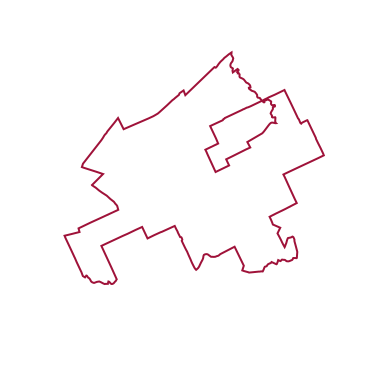 Sohatu, Calarasi, Romania, rotated 153°
{"feature_id": "2599482B94348057267162", "entity_name": "Sohatu", "entity_type": "district", "adm_level": 2, "iso_a3": "ROU", "parent_name": "Romania", "parent_adm1": "Calarasi", "projection": "mercator", "projection_center": [26.509, 44.36], "detail": "fine", "context": "isolated", "style": "outline", "palette": "rose", "viewbox_px": 384, "rotation_deg": 153, "n_neighbors": 0, "source": "geoboundaries", "source_scale": "gbopen_adm2", "svg_char_len": 5832}
<svg xmlns="http://www.w3.org/2000/svg" viewBox="0 0 384 384"><g transform="rotate(153 192 192)"><path d="M229.8,288.9L240.1,284.3L241.4,283.4L242.1,283.1L243.4,282.7L244.6,282.1L246.6,280.8L248.2,279.9L249.5,279.2L276.3,266.7L278.8,264.2L277.2,262.5L268.0,253.4L263.1,248.4L277.6,243.7L278.0,243.6L278.0,243.4L275.7,239.3L274.2,235.7L272.5,232.4L269.6,227.4L268.0,223.0L266.0,218.7L265.6,216.1L265.2,215.0L265.0,213.4L265.8,209.6L284.6,210.3L296.5,210.8L309.6,211.1L310.4,207.4L318.7,209.3L325.4,210.9L325.6,208.6L325.9,198.3L326.2,189.8L326.3,187.6L326.3,186.4L326.6,181.8L326.9,171.9L326.9,170.9L327.4,166.7L326.1,164.5L324.1,165.5L323.7,165.1L323.4,162.9L322.9,162.1L322.6,161.1L322.5,159.8L322.5,158.1L322.0,157.0L321.0,155.8L320.3,155.4L317.6,155.1L315.3,154.4L314.2,153.1L312.8,151.1L311.7,149.7L310.9,149.4L310.7,149.4L309.3,148.7L308.8,148.5L308.7,148.4L307.1,150.2L306.7,149.8L306.5,149.5L306.4,149.2L306.1,147.8L305.8,147.1L305.6,146.7L305.2,146.4L304.8,146.3L304.5,146.2L304.0,146.2L303.5,146.2L302.8,146.4L301.5,147.0L301.2,147.1L300.5,147.3L300.0,147.5L299.1,148.2L298.7,148.4L298.1,161.0L297.6,174.1L297.2,185.1L293.6,185.0L273.5,184.3L268.3,184.0L259.2,183.8L252.3,183.5L252.7,170.8L245.2,170.7L238.2,170.4L237.0,170.2L222.8,169.6L222.9,166.3L222.8,163.1L223.0,162.5L223.0,157.2L222.6,157.0L222.2,156.7L222.0,156.2L222.2,154.1L222.5,153.7L223.3,153.2L223.4,150.3L223.5,145.7L223.5,142.7L223.4,141.2L223.5,140.1L223.7,137.1L223.9,132.7L224.1,130.4L224.2,128.4L224.2,123.5L224.0,122.0L223.4,119.9L223.5,120.8L223.4,120.9L222.8,121.0L221.6,121.3L221.0,121.5L220.1,122.0L219.5,122.3L218.8,122.9L215.8,125.2L213.6,126.7L212.5,127.6L211.9,128.3L211.5,128.8L211.0,129.6L210.5,130.1L210.0,130.5L209.2,130.6L208.2,130.4L207.5,130.2L206.9,129.8L206.4,129.4L206.1,128.9L205.9,128.5L205.4,127.5L204.5,125.7L204.0,125.4L202.0,124.3L200.9,123.8L200.5,123.7L199.1,123.6L197.8,123.3L197.2,123.3L196.1,123.5L195.1,123.8L178.9,123.9L179.3,102.8L182.8,99.3L182.2,98.7L181.6,98.0L178.3,95.0L177.7,94.3L174.7,93.1L168.5,90.7L167.8,90.3L166.4,89.9L166.1,89.7L165.1,89.1L164.9,89.2L163.1,90.6L162.2,91.5L161.1,92.3L160.6,92.3L160.0,92.1L159.2,92.0L158.2,92.6L157.1,93.1L156.4,93.1L155.1,93.1L154.2,92.9L153.7,93.1L152.9,93.5L149.6,89.3L149.2,89.3L147.1,91.1L147.0,91.3L146.1,92.2L144.8,90.5L144.6,90.3L144.3,90.3L143.9,90.4L142.8,90.9L142.6,90.9L142.3,90.8L141.8,90.4L141.4,90.1L140.6,89.7L140.2,89.4L140.0,89.2L139.8,88.9L139.4,87.9L139.2,87.6L139.0,87.4L138.9,87.2L138.5,87.0L138.1,86.7L137.5,86.4L137.0,86.3L136.5,86.2L133.7,86.0L132.9,86.3L132.0,87.1L131.8,87.2L131.5,87.1L129.0,85.7L128.8,85.6L128.5,85.7L126.2,89.5L125.5,90.6L125.3,91.1L124.2,96.1L123.1,101.4L122.8,102.2L122.3,103.2L122.2,104.8L122.2,105.8L122.5,106.4L122.8,106.7L123.5,106.6L124.4,106.6L126.0,107.0L127.3,107.4L127.6,107.3L127.9,107.1L129.4,105.7L131.0,103.9L131.6,103.3L132.4,102.7L133.7,101.4L134.5,100.8L134.6,104.0L134.6,106.4L134.5,108.8L134.5,111.7L134.6,116.3L129.6,120.1L134.7,126.3L134.4,128.7L134.2,131.4L134.1,134.7L127.0,134.7L117.3,134.5L103.7,134.6L103.6,139.6L103.0,154.4L102.6,163.3L102.6,166.1L98.2,166.0L88.3,165.7L82.0,165.5L64.1,164.9L57.9,164.8L57.7,166.7L57.5,172.9L57.5,178.0L57.4,182.9L57.2,183.8L57.1,184.0L56.6,203.6L56.9,203.7L62.3,203.8L62.7,203.7L62.9,203.7L63.6,203.3L63.9,203.7L64.0,204.3L64.1,204.5L63.8,208.1L63.8,208.4L64.0,209.1L64.1,209.3L63.9,215.8L63.8,219.2L63.6,227.0L63.4,238.3L63.4,239.0L63.3,240.9L73.9,241.1L81.0,241.5L82.2,241.4L85.3,241.5L87.4,241.4L88.0,241.3L88.0,241.0L87.8,240.3L87.6,239.9L87.2,239.2L86.9,239.1L86.6,239.2L86.5,239.3L86.3,239.7L86.2,240.3L85.8,240.5L85.4,240.5L84.6,240.3L84.1,240.1L83.0,240.1L82.6,240.0L82.2,239.7L81.8,239.2L80.6,237.2L80.4,236.7L80.5,236.4L81.1,235.5L81.4,235.2L81.6,234.7L81.6,234.0L81.4,233.5L81.3,233.0L80.9,232.7L80.3,232.5L79.2,232.2L78.9,232.0L78.8,231.8L78.8,231.6L78.9,231.1L79.3,230.6L79.8,230.6L80.5,230.8L81.0,230.9L81.4,230.8L81.6,230.6L81.9,229.9L82.1,229.4L82.5,229.0L82.9,228.7L83.5,228.4L85.3,227.2L86.2,226.4L86.3,226.2L86.1,223.8L86.2,223.4L86.6,222.8L86.7,222.4L86.3,221.8L85.8,221.6L85.0,221.2L84.0,220.9L83.9,220.6L84.0,220.2L85.8,217.2L85.9,216.2L86.0,215.5L85.9,215.2L86.4,215.4L86.7,215.6L87.6,216.4L88.8,217.3L89.7,217.7L90.0,217.7L90.6,217.7L91.8,217.4L93.8,216.5L97.9,214.5L100.6,213.2L102.7,212.4L120.0,211.4L119.9,205.2L124.7,205.4L139.3,205.5L146.7,205.6L146.9,198.8L161.9,199.1L161.1,218.5L160.9,221.5L160.9,223.6L146.7,223.3L146.3,228.7L145.9,242.5L132.3,242.0L132.0,242.0L131.7,242.2L131.1,242.6L130.7,242.7L130.2,242.6L129.7,242.7L129.3,243.0L110.1,242.4L109.3,242.4L108.7,242.5L108.2,242.3L104.9,242.3L103.7,242.0L100.9,241.8L88.3,241.5L88.5,243.1L88.8,243.7L88.8,244.7L89.4,245.4L90.4,246.1L90.7,247.3L90.4,247.9L89.9,249.0L90.1,250.6L90.6,252.7L90.8,253.0L92.2,254.5L93.0,255.3L93.2,256.0L93.8,257.0L94.3,258.2L94.2,258.6L94.0,259.1L92.4,258.7L92.0,259.8L91.9,260.6L92.0,261.4L92.6,263.1L93.0,263.7L93.6,264.4L94.0,265.0L94.7,268.6L95.2,269.6L95.5,270.1L96.5,271.3L97.3,272.4L97.3,273.1L97.1,273.7L96.5,274.6L96.2,275.2L96.2,275.4L96.6,276.2L96.8,276.5L97.2,276.8L96.5,277.4L96.7,277.6L97.3,278.4L96.0,279.1L95.1,279.5L95.5,280.9L96.5,280.8L101.3,280.0L100.9,281.6L99.5,283.5L99.7,284.0L100.4,285.0L100.7,285.8L100.5,287.0L100.2,287.6L99.6,288.4L98.7,289.1L98.3,289.3L96.8,290.0L96.1,290.6L95.1,291.8L94.6,292.3L94.5,293.1L94.6,294.7L94.7,295.6L94.7,296.3L94.2,297.2L93.6,298.0L93.4,298.4L94.5,298.3L95.4,298.1L96.6,298.0L99.2,297.4L100.6,297.1L101.9,296.9L102.9,296.6L103.8,296.2L104.4,296.0L106.9,295.3L107.8,295.0L110.1,294.0L112.8,292.5L114.4,292.0L115.3,293.1L154.0,281.3L153.4,286.3L157.9,285.7L158.5,285.5L159.5,284.5L164.5,283.4L165.9,283.0L167.8,282.7L174.8,280.6L184.8,277.9L186.9,277.4L190.1,277.2L192.0,277.1L197.4,277.3L213.0,278.3L224.4,279.0L224.3,291.5L229.8,288.9Z" fill="none" stroke="#9f1239" stroke-width="2"/></g></svg>